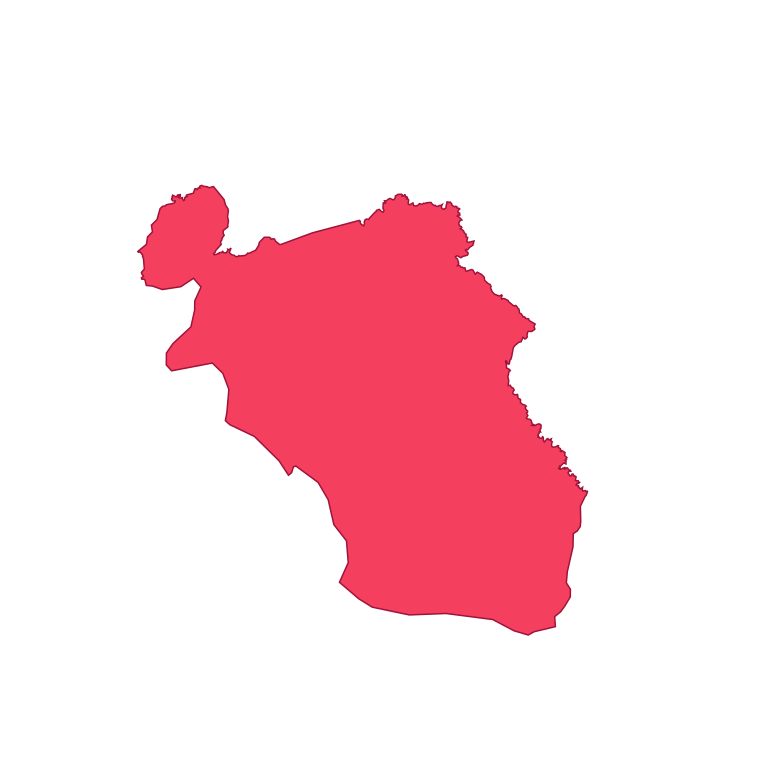 outline of Krachi East Municipal, Volta, Ghana, rotated 308°
{"feature_id": "2480657B4921606442052", "entity_name": "Krachi East Municipal", "entity_type": "district", "adm_level": 2, "iso_a3": "GHA", "parent_name": "Ghana", "parent_adm1": "Volta", "projection": "orthographic", "projection_center": [0.372, 7.806], "detail": "fine", "context": "isolated", "style": "filled", "palette": "rose", "viewbox_px": 768, "rotation_deg": 308, "n_neighbors": 0, "source": "geoboundaries", "source_scale": "gbopen_adm2", "svg_char_len": 6170}
<svg xmlns="http://www.w3.org/2000/svg" viewBox="0 0 768 768"><g transform="rotate(308 384 384)"><path d="M557.5,317.5L556.1,315.5L556.3,314.2L555.5,313.7L555.5,311.0L556.0,309.2L552.9,305.8L551.5,305.3L551.0,304.0L549.1,303.5L547.9,300.8L546.1,300.8L544.0,299.7L542.8,297.6L544.5,295.3L540.9,293.8L540.9,292.1L544.2,290.1L544.6,288.6L543.9,287.9L545.4,287.5L545.6,286.7L544.7,286.6L544.7,285.6L546.0,284.3L545.8,283.6L544.3,283.6L543.0,282.6L544.3,281.9L544.4,281.1L542.1,278.3L539.1,277.2L537.3,278.4L534.9,278.2L533.9,274.4L532.1,273.5L529.9,273.2L528.7,271.6L527.7,273.8L527.1,273.7L527.1,272.5L526.2,271.9L521.8,275.0L520.6,277.3L518.9,277.5L518.4,276.1L518.7,272.7L516.2,271.2L514.4,271.6L513.5,271.1L505.5,270.4L504.4,270.7L503.2,268.6L501.8,268.0L499.6,268.6L498.3,269.9L496.1,270.6L495.8,267.9L496.4,266.0L497.7,265.1L497.7,263.8L459.0,234.5L430.4,216.8L429.7,216.0L429.7,211.0L430.8,208.4L430.1,207.1L428.5,206.0L429.1,205.0L429.1,203.4L425.9,199.3L418.8,198.6L416.0,199.9L410.3,200.5L403.7,197.1L403.4,196.1L400.1,195.7L395.8,191.3L395.9,190.6L394.4,190.3L393.1,188.7L393.2,186.6L392.1,184.6L392.3,181.2L397.0,179.8L394.6,179.3L394.0,177.9L393.5,178.6L390.4,178.9L388.7,177.0L389.2,175.2L387.5,174.9L386.1,173.3L385.1,173.7L384.3,172.6L383.4,172.5L381.3,170.6L381.7,169.6L384.1,169.8L385.8,169.2L393.8,169.8L394.8,168.3L396.2,167.4L396.9,167.7L399.8,166.6L402.8,166.5L403.7,164.5L406.0,162.9L411.8,164.3L413.2,162.9L416.6,161.2L419.6,157.6L424.6,154.8L425.9,153.3L427.6,148.7L430.9,144.4L434.6,128.1L431.0,125.3L430.6,123.2L428.8,120.3L428.2,118.0L426.7,117.1L425.1,117.5L425.1,118.0L424.2,116.9L422.3,117.0L421.9,116.6L422.2,115.5L421.3,114.8L417.0,116.3L411.3,112.0L410.2,112.5L410.3,113.3L408.5,112.2L406.1,113.5L405.2,113.2L405.7,111.3L406.8,110.5L405.1,109.0L404.4,107.0L406.1,106.7L406.6,107.9L407.8,106.9L405.8,105.0L404.1,105.2L403.3,104.7L402.7,101.2L400.9,101.8L400.2,102.9L399.7,102.5L398.8,102.8L398.2,104.7L399.7,106.7L398.9,107.4L396.8,106.9L391.5,102.3L389.3,101.7L387.7,100.1L384.3,99.6L373.8,103.9L366.0,102.9L361.3,107.9L354.3,107.1L347.8,110.8L336.9,108.4L336.6,109.4L337.9,110.4L337.0,114.4L335.6,115.5L334.9,117.1L327.0,124.4L322.6,124.1L321.7,125.2L320.8,128.1L318.2,127.5L317.5,128.6L318.9,130.4L318.7,131.8L315.3,136.0L318.6,141.2L322.0,151.2L335.6,164.0L350.0,168.8L347.8,180.1L333.0,183.7L325.6,189.3L310.1,196.7L286.0,192.8L274.4,193.5L265.0,200.7L263.6,208.5L294.8,235.8L293.2,250.4L284.2,265.1L265.0,277.6L257.4,281.6L257.0,287.6L262.9,314.1L258.9,348.5L253.3,364.9L257.2,365.8L263.0,363.6L265.1,365.2L265.9,392.6L258.5,411.2L242.3,431.1L237.3,451.0L221.2,465.8L200.3,471.0L199.2,496.4L200.9,512.2L217.6,546.1L241.3,574.1L265.3,614.6L269.6,638.5L275.0,652.2L281.2,654.8L298.3,668.4L305.8,661.7L313.1,663.4L320.0,663.2L330.9,661.9L337.0,657.3L339.6,650.1L349.0,644.0L372.0,633.2L382.6,625.3L387.2,626.8L392.5,626.4L397.0,623.5L408.6,614.0L419.2,611.7L420.4,611.9L424.4,610.7L424.7,610.2L423.7,609.4L424.0,608.4L422.1,606.4L422.6,605.4L424.8,604.1L422.7,603.7L422.2,603.1L422.0,602.4L422.9,601.8L422.5,600.1L423.7,599.7L422.7,597.6L424.4,597.2L425.7,598.6L427.0,598.7L426.7,597.5L427.3,596.6L426.3,595.4L426.0,594.1L429.2,592.4L429.0,590.8L428.3,589.9L429.5,588.8L428.8,587.6L426.6,587.9L426.1,587.2L427.1,584.0L428.0,583.5L428.8,583.7L430.4,584.9L430.8,583.7L430.1,583.0L430.8,580.2L430.3,579.5L428.8,579.3L428.1,578.6L428.4,578.2L429.4,578.5L429.6,577.9L427.2,576.4L425.9,576.2L425.0,574.9L425.1,573.6L426.3,573.7L426.5,574.2L427.5,573.0L427.8,573.7L432.4,574.2L433.0,576.6L435.6,574.7L435.3,573.6L437.3,574.1L437.5,573.4L438.7,573.4L438.9,570.4L441.5,568.8L441.1,565.3L439.7,565.1L439.7,564.1L440.7,563.9L441.7,562.7L441.3,560.6L441.6,559.9L442.7,559.7L442.5,558.9L439.9,557.8L438.4,556.2L438.1,554.6L439.6,553.2L442.1,552.1L442.0,550.3L443.8,549.6L441.5,548.5L441.9,546.7L441.4,546.3L437.0,546.0L437.7,544.3L440.1,542.3L440.0,541.4L439.0,541.9L437.7,540.9L437.2,539.4L437.9,538.2L436.5,538.5L439.2,536.4L440.4,536.7L441.8,535.8L442.6,537.0L443.8,535.0L445.5,535.1L448.3,533.1L448.3,531.1L446.7,529.6L443.9,528.3L442.6,526.2L444.1,526.8L443.8,525.3L445.9,522.4L446.0,520.7L444.8,518.6L444.8,517.1L447.7,516.8L448.7,514.2L450.1,514.4L451.1,513.9L451.6,510.8L452.9,509.6L454.1,509.8L454.2,508.3L453.2,505.7L453.4,502.9L455.6,501.4L455.9,500.2L455.3,499.1L455.7,497.9L457.8,496.0L457.9,495.4L456.6,494.6L455.6,492.2L456.8,490.5L459.4,490.3L460.3,488.4L459.8,486.5L460.7,484.2L459.2,482.9L463.6,480.1L466.0,477.1L471.0,474.8L472.3,475.3L472.7,473.9L472.1,470.7L474.6,468.5L476.2,466.2L477.3,465.7L477.5,466.6L476.3,468.3L476.1,469.4L476.4,470.1L477.1,470.3L480.2,468.6L481.8,468.7L484.5,467.6L491.9,463.7L494.4,463.4L499.8,464.5L501.7,466.0L506.4,464.8L506.2,467.3L507.7,468.0L509.4,467.9L510.4,466.6L511.8,466.2L512.4,465.5L514.3,465.2L516.2,468.0L519.7,469.2L520.7,468.5L521.3,466.9L524.3,466.2L523.4,459.4L524.4,457.8L522.9,455.4L523.5,453.5L522.6,452.2L523.7,449.4L523.5,447.1L526.1,444.2L526.0,443.0L526.7,441.6L527.0,439.5L525.4,438.1L525.6,431.4L526.2,430.5L525.8,428.1L525.2,425.8L523.3,424.3L524.7,423.1L526.3,422.8L526.6,421.8L524.4,420.8L522.8,415.9L523.3,412.5L525.3,408.8L526.8,408.3L527.7,406.5L527.3,403.8L527.6,399.6L529.9,397.1L530.4,393.5L529.5,388.6L526.7,388.2L528.5,384.1L528.2,382.6L523.5,379.4L523.5,378.6L525.4,376.3L524.3,375.1L524.3,373.8L523.5,372.8L523.9,370.6L522.5,369.1L524.2,369.0L525.4,368.3L527.7,364.9L527.8,362.7L528.3,361.9L530.1,362.6L530.8,366.8L532.9,367.5L536.8,370.4L538.3,370.2L539.3,369.2L539.3,366.6L539.9,365.6L540.7,366.1L541.2,367.3L544.4,367.3L548.1,368.6L552.1,366.9L547.2,363.0L547.4,361.4L551.0,359.7L550.5,357.9L552.5,356.6L552.6,354.0L553.4,353.0L553.8,351.2L553.2,348.6L555.1,349.1L555.6,348.0L555.2,346.1L556.8,343.7L559.8,343.4L561.2,344.4L561.8,340.6L561.4,338.5L562.4,338.1L563.8,339.8L565.2,338.4L564.8,337.0L565.0,336.2L567.1,335.6L568.3,336.0L568.8,335.6L567.7,333.1L567.9,332.3L568.6,332.1L567.9,330.7L567.0,330.3L566.7,327.7L567.6,326.6L568.1,324.1L567.0,323.4L566.9,322.3L566.0,321.5L565.2,322.4L564.0,322.6L560.8,324.4L558.3,323.4L558.1,321.6L559.0,320.0L561.2,319.4L560.0,319.0L558.5,317.5L557.5,317.5Z" fill="#f43f5e" stroke="#9f1239" stroke-width="1.5"/></g></svg>